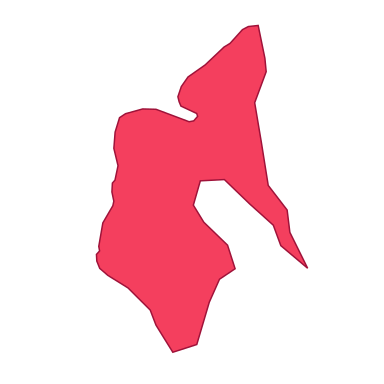 Paxtaabad, Andijon, Uzbekistan, rotated 262°
{"feature_id": "79887680B2052385520334", "entity_name": "Paxtaabad", "entity_type": "district", "adm_level": 2, "iso_a3": "UZB", "parent_name": "Uzbekistan", "parent_adm1": "Andijon", "projection": "equal_earth", "projection_center": [72.425, 40.981], "detail": "fine", "context": "isolated", "style": "filled", "palette": "rose", "viewbox_px": 384, "rotation_deg": 262, "n_neighbors": 0, "source": "geoboundaries", "source_scale": "gbopen_adm2", "svg_char_len": 878}
<svg xmlns="http://www.w3.org/2000/svg" viewBox="0 0 384 384"><g transform="rotate(262 192 192)"><path d="M314.3,282.8L347.7,280.7L348.0,270.8L345.8,264.6L333.9,250.4L331.1,243.9L316.0,222.7L306.5,204.1L297.9,196.1L288.3,191.3L283.2,191.8L278.6,193.0L269.1,207.6L266.1,208.1L262.2,203.6L262.0,198.9L278.9,167.9L281.1,154.7L278.8,137.1L275.7,130.6L262.0,124.2L246.1,120.7L228.3,122.4L214.5,117.4L211.9,114.4L203.2,112.7L193.8,113.3L189.4,111.7L173.8,99.4L151.1,92.1L146.5,92.3L143.5,88.7L136.9,88.1L129.2,90.0L121.1,97.1L105.9,115.3L80.9,134.2L65.2,137.8L51.8,143.7L36.0,150.7L40.3,175.5L80.5,193.8L101.8,207.1L110.0,224.0L134.4,219.8L160.4,199.5L178.8,191.5L201.9,201.8L199.8,225.8L172.1,247.5L147.8,267.9L126.5,272.5L100.4,295.9L138.4,283.3L160.9,283.7L187.9,268.4L231.4,267.6L271.7,266.5L300.8,282.2L314.3,282.8Z" fill="#f43f5e" stroke="#9f1239" stroke-width="1.5"/></g></svg>